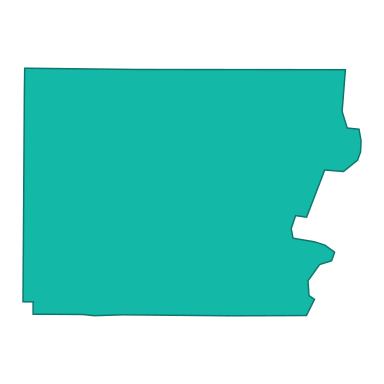 Polk, Oregon, United States of America
{"feature_id": "52423323B47830259529939", "entity_name": "Polk", "entity_type": "district", "adm_level": 2, "iso_a3": "USA", "parent_name": "United States of America", "parent_adm1": "Oregon", "projection": "orthographic", "projection_center": [-123.256, 44.898], "detail": "fine", "context": "isolated", "style": "filled", "palette": "teal", "viewbox_px": 384, "rotation_deg": 0, "n_neighbors": 0, "source": "geoboundaries", "source_scale": "gbopen_adm2", "svg_char_len": 551}
<svg xmlns="http://www.w3.org/2000/svg" viewBox="0 0 384 384"><path d="M345.4,69.7L137.2,69.5L136.7,69.5L24.7,68.2L24.4,90.3L23.0,301.8L33.1,301.9L33.1,314.2L83.2,314.5L93.9,315.7L123.2,314.8L231.2,315.8L290.2,315.6L306.4,315.5L314.5,299.4L309.0,295.6L308.0,280.8L319.6,264.5L331.6,260.8L334.6,252.2L324.8,245.1L314.8,241.9L293.0,238.2L291.2,228.6L295.6,215.6L306.6,217.2L324.7,170.0L343.5,171.5L357.5,160.2L360.5,152.1L360.9,145.4L361.0,140.4L359.0,129.2L347.2,128.0L342.1,111.5L345.4,69.7Z" fill="#14b8a6" stroke="#0f766e" stroke-width="1.5"/></svg>